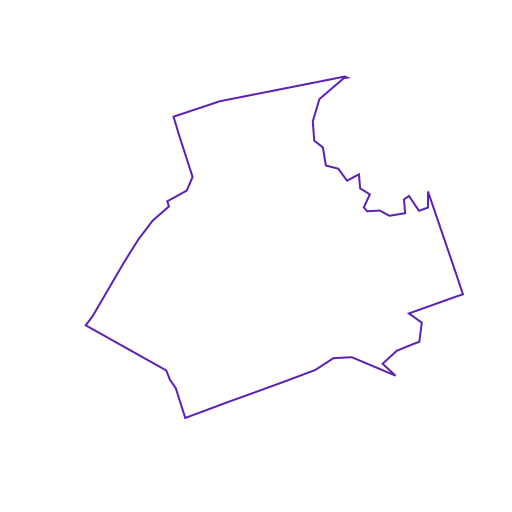 Marshall, Alabama, United States of America (Albers equal-area conic projection), rotated 71°
{"feature_id": "52423323B91350179619182", "entity_name": "Marshall", "entity_type": "district", "adm_level": 2, "iso_a3": "USA", "parent_name": "United States of America", "parent_adm1": "Alabama", "projection": "albers", "projection_center": [-86.327, 34.349], "detail": "fine", "context": "isolated", "style": "outline", "palette": "violet", "viewbox_px": 512, "rotation_deg": 71, "n_neighbors": 0, "source": "geoboundaries", "source_scale": "gbopen_adm2", "svg_char_len": 943}
<svg xmlns="http://www.w3.org/2000/svg" viewBox="0 0 512 512"><g transform="rotate(71 256 256)"><path d="M175.4,322.1L180.8,322.2L188.9,342.2L197.3,354.7L202.1,361.9L215.6,378.6L220.7,384.8L259.9,430.3L266.1,439.6L335.0,378.1L344.8,377.7L355.0,374.9L386.1,375.6L385.8,364.9L384.9,328.9L384.6,304.8L383.9,267.4L383.1,237.3L377.8,216.0L382.9,198.4L414.6,163.0L399.1,171.4L391.4,153.7L390.4,136.2L390.3,129.5L373.0,121.0L360.1,130.1L359.5,80.7L359.6,72.8L338.8,72.6L258.4,72.4L257.1,72.4L251.8,72.4L251.9,72.7L266.2,77.6L266.3,87.2L249.1,91.8L250.7,97.7L264.1,101.0L261.4,116.8L253.3,124.2L249.9,136.3L245.1,138.2L234.8,128.3L226.0,135.5L212.3,132.1L214.4,145.4L200.2,149.8L193.2,160.5L175.1,157.4L166.0,163.4L147.2,158.5L128.6,145.2L128.1,144.5L116.4,115.0L117.0,111.7L115.2,113.8L102.8,204.0L102.6,205.4L97.9,239.9L97.6,268.8L97.4,288.6L117.0,289.4L160.6,290.2L171.6,300.2L175.4,322.1Z" fill="none" stroke="#5b21b6" stroke-width="2"/></g></svg>